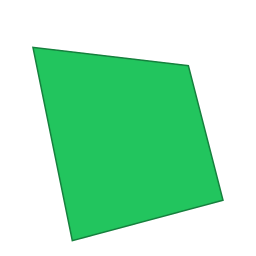 map outline of Jwaneng (Robinson projection), rotated 348°
{"feature_id": "BWA-5506", "entity_name": "Jwaneng", "entity_type": "Town", "adm_level": 1, "iso_a3": "BWA", "parent_name": "Botswana", "parent_adm1": "", "projection": "robinson", "projection_center": [24.71, -24.561], "detail": "fine", "context": "isolated", "style": "filled", "palette": "green", "viewbox_px": 256, "rotation_deg": 348, "n_neighbors": 0, "source": "natural_earth", "source_scale": "10m", "svg_char_len": 225}
<svg xmlns="http://www.w3.org/2000/svg" viewBox="0 0 256 256"><g transform="rotate(348 128 128)"><path d="M51.8,29.4L200.0,79.6L205.9,218.4L50.1,226.6L51.8,29.4Z" fill="#22c55e" stroke="#15803d" stroke-width="1.5"/></g></svg>